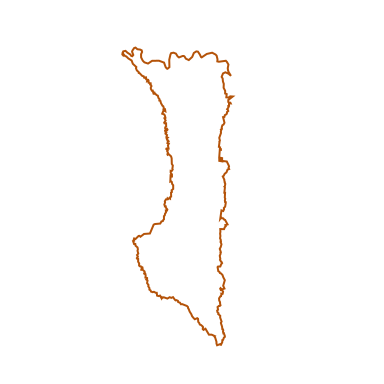 Parácuaro, Michoacán, Mexico (Equal Earth projection), rotated 163°
{"feature_id": "50627088B31611248449826", "entity_name": "Parácuaro", "entity_type": "district", "adm_level": 2, "iso_a3": "MEX", "parent_name": "Mexico", "parent_adm1": "Michoacán", "projection": "equal_earth", "projection_center": [-102.195, 19.07], "detail": "fine", "context": "isolated", "style": "outline", "palette": "amber", "viewbox_px": 384, "rotation_deg": 163, "n_neighbors": 0, "source": "geoboundaries", "source_scale": "gbopen_adm2", "svg_char_len": 6061}
<svg xmlns="http://www.w3.org/2000/svg" viewBox="0 0 384 384"><g transform="rotate(163 192 192)"><path d="M218.4,343.9L217.9,342.8L217.3,343.5L217.3,342.8L216.8,342.8L216.1,341.4L215.2,340.9L213.9,338.4L211.3,335.4L211.1,331.9L208.7,327.8L209.4,326.8L209.2,324.4L207.9,322.2L208.1,321.4L207.4,321.0L205.6,317.5L204.4,316.8L204.3,315.3L202.5,315.1L202.6,314.4L203.2,314.2L202.7,312.9L201.2,312.1L201.5,311.4L202.1,311.7L202.6,310.9L201.1,310.7L201.5,309.1L199.8,308.0L200.6,307.0L199.9,306.2L199.8,305.1L200.8,304.1L201.2,302.7L200.7,300.5L199.9,300.4L200.0,298.7L199.2,298.3L200.0,297.3L199.7,297.0L198.8,297.5L197.5,295.0L196.5,294.1L196.6,291.8L195.9,290.1L196.5,289.0L195.6,288.3L195.7,286.1L195.0,283.0L194.4,282.4L194.4,280.7L195.0,279.6L193.6,279.1L193.9,277.0L195.3,278.4L197.6,275.6L195.9,274.3L195.6,273.2L195.7,270.7L196.8,270.6L196.3,268.1L198.3,266.5L198.2,265.7L196.7,265.3L197.6,262.1L198.7,261.7L199.1,260.4L198.0,259.4L197.4,259.6L197.2,258.8L197.8,258.2L199.8,258.4L199.9,257.3L199.2,256.4L200.3,255.5L199.2,253.8L200.4,252.1L199.3,251.1L200.6,250.5L200.4,248.6L200.0,248.6L199.6,247.5L200.3,247.4L201.2,245.9L200.0,245.1L201.4,243.6L201.7,240.4L203.7,241.0L204.0,240.7L203.0,239.0L203.8,238.4L203.5,236.8L204.5,235.2L204.4,234.7L203.2,235.0L201.6,232.2L201.6,230.2L203.1,224.8L202.6,222.9L204.0,219.9L203.9,219.1L205.3,218.0L206.2,218.5L206.7,217.0L206.6,215.6L206.0,214.8L206.9,211.8L207.0,213.9L207.6,214.2L209.7,208.3L208.9,208.4L208.4,207.6L208.6,205.4L208.0,204.0L209.1,200.4L211.0,199.6L211.2,197.9L212.2,197.6L213.3,193.7L214.5,193.4L214.9,192.1L215.5,192.8L216.9,192.2L217.3,193.0L217.8,192.2L219.0,192.6L220.7,191.1L220.8,189.9L222.2,187.9L221.9,186.7L222.1,186.2L221.3,185.9L221.6,184.8L220.7,182.5L221.3,181.6L222.4,182.0L222.9,180.0L224.1,179.2L224.9,177.6L225.9,177.1L226.8,174.1L227.6,173.7L228.4,172.7L229.8,172.8L231.6,171.1L236.8,172.2L238.2,172.0L244.4,164.6L250.1,165.9L254.4,164.3L255.0,165.4L255.9,165.6L259.9,163.5L260.9,164.5L261.6,163.6L261.7,162.3L262.7,162.3L262.6,159.2L261.4,158.9L261.7,157.2L260.3,154.9L260.5,153.0L261.3,151.7L261.4,148.8L263.0,147.8L262.6,146.2L264.1,144.9L264.0,144.4L263.2,144.4L263.0,143.9L263.9,141.1L263.4,139.2L264.1,137.1L263.6,136.2L262.7,135.9L262.3,134.6L261.5,134.5L261.5,133.6L263.1,132.9L263.2,132.4L262.0,132.2L260.6,129.9L260.7,129.0L261.6,128.2L261.5,127.8L260.7,128.0L260.5,127.3L260.8,125.4L261.6,123.8L260.1,122.9L260.3,122.2L261.3,121.6L260.4,120.4L261.6,118.0L260.8,115.8L261.4,114.6L260.8,112.5L261.3,111.1L260.4,110.0L260.3,108.7L258.9,107.7L257.6,107.7L256.0,106.1L255.2,105.9L255.7,103.1L254.3,102.2L252.9,102.3L252.2,99.1L251.4,100.0L251.1,99.4L249.8,99.6L246.7,97.3L244.1,97.9L242.7,96.8L240.9,97.0L239.8,93.8L239.3,93.1L238.6,93.2L237.3,92.1L237.4,90.8L235.9,89.7L235.4,87.9L234.1,87.6L230.2,84.5L229.5,83.2L229.7,81.8L229.4,81.2L229.2,78.3L228.4,75.4L228.2,73.1L227.1,70.5L226.5,69.5L223.9,69.8L223.3,69.0L224.0,66.0L223.4,64.6L223.3,63.0L222.3,62.2L221.1,60.3L220.9,59.4L221.4,58.9L221.8,57.7L221.3,56.8L219.1,57.3L217.5,50.6L214.9,49.8L212.3,47.5L212.8,47.2L212.4,45.8L212.4,41.6L212.9,39.9L212.8,38.1L209.5,38.3L209.4,37.7L209.0,37.4L207.0,39.5L206.3,41.5L205.5,41.5L204.1,43.4L203.0,43.8L202.7,44.5L202.8,47.7L203.3,47.7L203.2,49.4L202.5,50.7L202.6,51.7L203.1,51.9L202.6,54.5L202.7,58.0L202.6,58.5L201.6,59.4L201.8,63.7L201.2,65.4L202.6,67.6L202.1,68.3L202.8,69.7L202.6,71.3L201.5,71.8L201.2,74.5L199.6,75.2L198.8,74.9L197.9,75.3L197.8,77.0L197.4,78.5L197.7,80.3L197.2,82.4L195.4,83.9L194.7,83.9L194.2,85.0L193.2,85.5L193.4,86.1L192.4,85.8L191.4,87.7L191.9,89.2L193.1,89.7L193.3,91.3L192.8,91.7L192.0,90.1L189.2,90.2L189.6,93.2L186.4,98.1L187.0,101.2L187.1,103.7L188.1,105.7L189.0,106.4L189.1,107.6L190.0,108.6L189.5,112.7L189.0,113.1L186.7,112.5L185.2,114.4L184.0,115.2L184.2,116.5L184.8,117.1L184.7,117.7L185.1,118.9L184.5,119.7L184.1,122.9L182.7,124.6L182.5,125.8L182.0,126.0L182.1,129.5L180.6,131.0L179.1,133.4L179.2,135.4L178.9,136.0L179.2,136.1L178.5,137.7L178.7,139.6L177.7,141.6L177.3,144.0L176.5,145.6L175.8,148.3L172.2,147.1L171.0,148.7L169.7,149.4L169.8,150.6L167.5,150.6L168.5,155.6L169.2,156.0L169.8,157.6L170.9,158.0L171.4,159.1L172.8,158.1L169.2,165.8L167.7,164.7L166.4,166.1L166.2,167.4L164.6,168.3L162.9,171.7L162.7,172.4L163.3,172.7L163.0,174.4L162.2,175.8L162.3,177.0L160.6,181.6L161.3,181.9L161.0,182.5L159.2,186.7L159.4,187.6L159.0,187.7L157.8,190.0L158.0,191.5L157.7,191.8L157.8,193.1L157.5,194.4L158.0,197.9L157.0,198.2L155.4,199.9L153.3,200.7L151.5,203.0L149.8,203.1L150.0,204.4L149.1,205.6L149.1,206.4L149.8,211.0L154.0,212.9L154.1,212.4L156.8,213.8L156.3,215.4L153.8,214.0L153.7,214.3L153.3,215.6L155.9,217.0L152.9,224.7L152.0,224.0L151.8,224.6L152.6,225.4L152.1,226.5L153.1,227.3L151.1,231.7L151.2,232.0L150.3,233.0L150.1,235.8L147.0,240.0L146.7,241.5L146.0,242.5L146.1,243.3L144.9,243.6L144.7,245.1L143.5,246.9L142.1,247.3L140.7,248.7L140.4,254.5L139.1,254.3L138.1,255.9L136.3,256.3L135.5,257.2L135.2,258.2L133.7,258.8L133.6,259.8L134.2,260.9L132.4,262.2L132.2,263.6L131.4,263.5L130.7,266.0L129.1,265.4L129.2,266.1L129.9,266.1L131.0,267.5L130.4,269.4L125.1,271.4L127.5,272.3L129.5,271.6L131.5,272.5L130.2,275.5L131.5,276.5L130.7,279.1L131.3,282.4L130.0,286.1L130.1,288.6L129.5,291.6L130.0,293.4L127.7,296.3L125.1,296.7L122.5,294.5L120.8,291.7L121.9,296.0L122.0,297.7L121.6,300.0L119.9,303.2L120.6,306.2L121.3,307.6L128.2,308.7L129.6,309.5L128.8,311.5L128.6,315.2L129.3,316.6L132.0,319.3L137.5,319.7L143.4,317.9L143.9,318.4L144.3,321.1L145.3,324.5L146.8,325.2L149.6,324.4L152.3,321.1L156.5,319.1L158.9,321.3L159.5,323.7L160.1,324.5L161.3,324.8L165.1,324.5L166.1,325.9L166.9,329.0L168.9,330.6L171.3,330.9L172.4,329.8L175.1,325.1L177.1,318.0L179.4,317.0L180.0,317.4L180.7,319.2L180.9,323.9L185.2,327.2L191.8,329.1L196.5,327.7L199.6,329.9L200.7,332.0L201.3,335.6L200.4,338.7L198.8,340.5L198.7,342.2L200.0,343.4L202.5,344.5L203.8,346.6L205.2,346.6L207.6,344.7L208.3,343.7L208.1,340.2L209.4,339.3L210.3,339.9L210.8,341.5L213.0,344.1L214.3,346.4L216.6,346.6L217.7,345.4L218.4,343.9Z" fill="none" stroke="#b45309" stroke-width="2"/></g></svg>